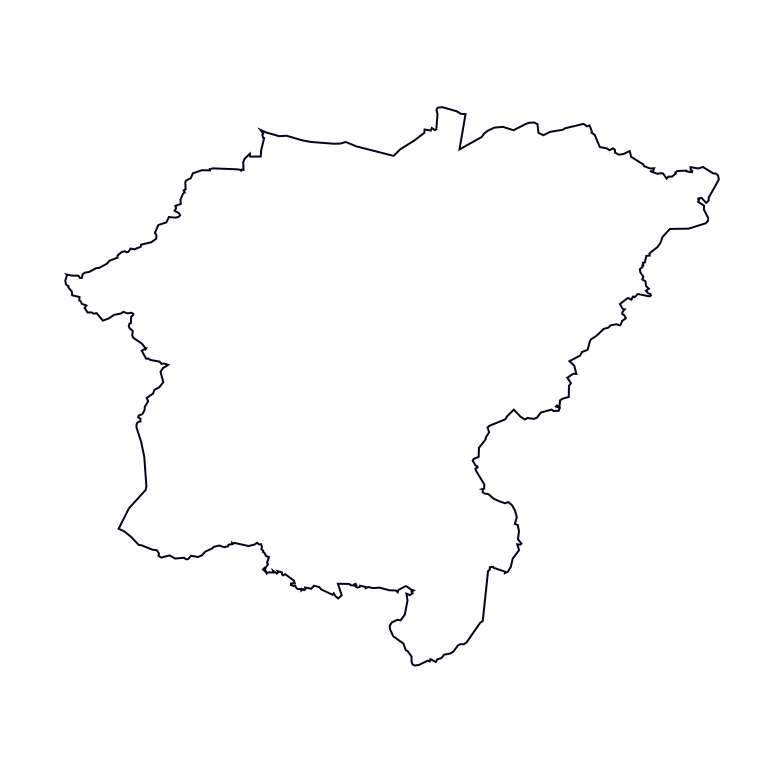 Mazamitla, Jalisco, Mexico (Natural Earth projection), rotated 273°
{"feature_id": "50627088B5705266503054", "entity_name": "Mazamitla", "entity_type": "district", "adm_level": 2, "iso_a3": "MEX", "parent_name": "Mexico", "parent_adm1": "Jalisco", "projection": "natural_earth1", "projection_center": [-103.078, 19.891], "detail": "fine", "context": "isolated", "style": "outline", "palette": "ink", "viewbox_px": 768, "rotation_deg": 273, "n_neighbors": 0, "source": "geoboundaries", "source_scale": "gbopen_adm2", "svg_char_len": 6138}
<svg xmlns="http://www.w3.org/2000/svg" viewBox="0 0 768 768"><g transform="rotate(273 384 384)"><path d="M139.1,403.0L132.6,406.4L125.7,417.0L119.3,419.7L118.7,421.4L113.3,425.8L108.2,426.0L105.3,427.3L104.5,429.6L105.2,433.4L110.0,442.1L109.4,444.3L111.7,444.7L109.1,450.3L111.8,451.6L113.2,455.5L116.9,458.3L118.2,464.0L120.3,467.2L126.7,471.5L128.0,473.3L128.4,477.6L130.3,480.0L150.7,492.6L152.4,495.0L202.6,497.7L204.2,499.3L206.6,499.3L207.2,502.6L206.2,503.1L202.9,514.7L201.5,514.6L202.9,517.4L207.9,520.2L216.4,521.7L225.2,527.6L230.9,525.4L230.6,528.4L231.7,529.6L236.0,525.9L243.9,526.5L250.1,525.0L251.1,522.0L258.0,523.6L264.6,521.4L269.6,518.3L272.6,514.3L271.2,511.2L272.8,505.5L275.2,499.5L279.5,494.0L279.9,490.1L281.0,488.3L283.7,488.1L284.0,487.2L284.8,489.5L289.0,489.4L302.1,480.5L304.2,479.7L305.7,481.9L306.5,481.6L307.5,479.6L312.1,476.6L313.9,477.5L316.1,482.3L325.3,482.2L334.0,488.4L335.6,488.3L341.3,491.5L346.2,489.7L347.8,491.5L355.1,507.0L358.2,508.6L365.2,515.0L358.5,522.0L355.9,526.6L357.6,529.1L357.0,535.3L358.3,538.5L363.7,542.1L367.2,552.7L365.9,554.8L366.4,559.9L369.3,560.8L370.5,557.0L371.6,557.9L369.9,560.4L376.9,560.7L378.7,563.2L380.7,569.2L391.8,568.8L394.6,570.6L399.9,566.7L404.2,572.6L404.1,575.6L412.3,573.0L416.5,568.0L422.6,578.3L426.3,580.1L428.9,585.6L437.6,587.4L439.7,588.7L442.9,593.3L450.6,600.7L451.9,604.8L454.6,607.5L455.8,612.9L454.9,616.5L455.7,617.3L459.3,618.4L462.3,622.1L465.2,620.4L466.3,618.3L468.3,618.3L471.2,620.5L471.5,618.4L476.2,615.4L482.7,623.0L481.2,626.6L484.3,628.0L483.8,629.7L487.2,632.9L485.6,642.7L485.5,645.0L486.4,645.9L487.8,645.3L488.3,643.2L490.8,640.6L493.0,643.5L495.6,640.5L500.2,639.8L501.9,636.5L504.6,637.4L508.8,634.2L512.0,633.5L514.3,635.9L515.8,635.8L515.8,636.7L518.7,636.3L519.0,638.1L525.6,639.2L526.2,642.6L527.9,642.2L529.2,643.2L534.9,649.8L539.2,652.6L545.5,654.5L553.8,661.4L555.1,680.1L561.3,696.8L563.6,698.9L566.7,699.1L575.0,694.3L578.9,694.3L582.4,688.1L585.0,689.1L585.4,687.3L586.5,691.3L581.7,696.3L584.1,698.5L587.3,698.6L605.8,707.7L609.9,706.6L611.6,704.1L611.5,701.7L617.4,691.2L615.7,686.6L616.6,678.7L614.1,679.0L613.0,680.7L611.5,680.3L612.2,674.9L612.9,674.8L612.0,665.6L610.4,664.0L609.5,664.4L606.2,660.8L606.0,657.2L603.9,655.5L608.7,651.8L609.1,649.7L608.2,646.4L610.5,638.5L610.4,641.5L613.6,642.5L613.1,638.6L615.2,632.2L616.8,631.5L623.8,618.9L629.5,617.2L626.3,611.4L625.3,606.7L627.2,602.5L629.9,602.4L631.3,600.4L629.3,597.0L631.0,594.0L631.9,587.1L644.0,581.3L645.8,578.0L647.0,578.4L653.0,575.7L651.9,573.3L654.2,569.6L648.9,551.7L647.2,549.1L644.5,536.7L640.8,530.2L642.9,525.1L651.4,523.7L653.0,520.3L652.5,515.3L651.0,511.8L644.2,500.1L647.0,489.2L645.8,480.8L642.5,474.6L639.4,470.9L635.8,468.7L622.2,447.1L657.8,451.3L657.8,446.7L660.1,442.5L663.5,427.9L662.7,423.1L660.4,422.1L656.1,423.3L641.1,422.9L640.2,421.4L642.2,418.4L639.5,417.4L640.3,411.2L636.9,411.1L628.8,401.6L619.2,387.9L612.3,381.6L619.9,343.7L623.7,333.2L621.8,327.8L621.3,321.4L621.9,298.5L623.0,289.8L626.8,273.8L626.0,266.3L629.1,252.9L631.3,247.3L627.6,250.3L626.7,249.4L623.7,250.3L623.3,251.4L610.9,249.1L604.7,249.0L604.1,238.4L607.0,238.0L601.6,233.0L598.3,231.8L590.4,232.5L590.7,230.7L589.6,230.1L590.4,229.3L590.7,225.7L590.4,202.1L589.5,198.8L588.2,199.0L588.0,191.1L584.4,182.1L579.4,180.3L576.9,175.8L575.3,175.0L568.1,175.7L566.8,173.8L564.9,175.1L563.6,173.3L557.2,171.1L553.2,171.7L550.9,166.3L548.7,167.2L546.0,165.8L543.8,170.4L541.7,171.6L540.0,169.9L539.2,166.9L539.5,160.4L534.0,158.2L531.0,150.4L523.0,147.3L520.5,149.0L517.1,148.9L513.4,144.2L510.4,134.1L508.3,133.9L505.4,127.6L506.0,123.9L502.6,121.8L502.0,120.1L503.0,118.3L502.1,115.2L498.5,111.3L496.2,111.2L492.6,103.2L489.6,101.0L485.0,93.4L484.5,90.2L480.5,83.8L479.5,79.4L477.8,77.3L474.0,76.6L474.0,74.9L476.2,73.1L475.9,66.8L476.7,61.2L476.0,61.8L470.6,60.3L466.6,61.3L465.3,63.8L464.0,63.7L460.0,67.4L456.3,67.9L454.9,75.4L451.6,75.3L450.6,76.9L448.3,77.9L446.8,82.7L444.3,81.0L439.9,84.3L440.2,88.2L439.0,90.3L439.7,93.3L432.6,99.9L435.1,105.8L438.9,110.8L440.6,117.5L442.4,119.9L441.1,124.3L441.9,127.9L441.0,129.9L440.2,130.1L437.6,127.9L431.6,128.1L430.8,126.5L428.2,126.1L426.1,127.3L424.0,130.3L419.1,130.1L417.1,131.2L411.5,140.3L407.6,143.6L407.4,144.8L405.9,143.9L406.1,142.7L404.6,140.3L396.8,145.1L397.1,147.2L395.8,149.5L394.6,158.6L392.5,160.7L392.9,163.5L391.8,167.4L388.4,162.5L384.5,160.2L374.2,163.5L368.9,159.7L366.1,155.0L362.4,153.9L357.7,147.8L354.4,149.4L348.7,146.3L345.5,146.3L341.4,144.3L339.4,140.5L338.0,140.2L336.6,142.6L333.8,142.7L332.9,139.9L330.7,139.0L327.7,139.1L313.2,144.6L298.8,148.4L269.3,152.1L265.7,151.5L246.5,135.8L225.6,126.6L223.2,132.4L218.0,139.5L210.4,147.5L210.4,149.8L206.4,161.5L206.1,165.8L202.9,168.2L200.6,167.8L199.0,170.6L201.6,178.8L198.8,184.6L200.0,193.4L198.7,195.3L198.8,197.5L202.4,200.3L201.5,207.4L203.4,211.2L207.3,214.3L210.7,220.9L212.4,222.5L214.1,227.9L212.7,232.9L213.7,236.6L215.4,237.2L216.0,240.3L217.5,240.5L216.4,241.5L217.5,242.9L215.1,257.2L216.9,263.1L218.8,265.6L217.3,267.6L217.6,269.6L214.7,270.7L212.6,270.2L210.9,272.3L209.7,272.0L209.0,273.5L206.0,275.2L205.1,278.2L199.5,276.5L198.0,277.6L194.4,275.5L194.3,274.4L192.4,272.9L191.8,273.7L192.8,275.1L190.7,275.0L190.7,275.9L188.6,276.7L189.8,278.1L190.0,283.5L191.9,282.8L189.1,287.0L190.7,288.5L191.5,287.8L190.6,291.8L188.6,292.1L187.6,293.4L189.0,295.1L182.9,304.4L180.5,305.2L180.0,301.6L178.4,301.6L177.5,304.1L178.2,305.7L175.5,307.3L174.6,309.1L175.1,312.0L173.4,312.2L174.9,313.9L174.0,315.0L174.7,316.1L176.7,316.0L175.7,322.1L178.9,324.6L177.7,330.0L175.5,332.2L170.8,343.7L172.3,344.8L169.4,346.7L167.5,349.5L170.8,352.8L182.1,348.4L182.5,359.7L181.4,361.2L181.1,365.0L182.4,364.8L182.9,366.1L181.6,366.9L180.9,365.3L179.3,368.0L180.0,370.3L181.3,370.6L180.4,376.3L179.2,376.4L180.4,378.8L179.6,383.8L180.4,390.4L178.3,400.0L178.4,406.6L176.8,408.6L179.0,409.1L183.2,416.0L183.1,417.2L180.0,421.9L179.4,424.4L178.0,422.4L176.6,423.6L174.5,420.9L175.8,417.4L169.0,418.8L154.9,416.9L148.9,413.0L149.2,409.5L146.2,404.2L142.6,402.3L139.1,403.0Z" fill="none" stroke="#020617" stroke-width="2"/></g></svg>